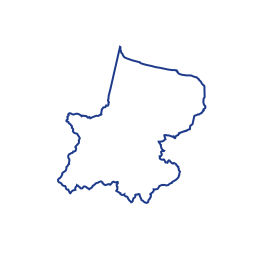 outline of Chiclayo, Lambayeque, Peru, rotated 150°
{"feature_id": "86281439B7276941823371", "entity_name": "Chiclayo", "entity_type": "district", "adm_level": 2, "iso_a3": "PER", "parent_name": "Peru", "parent_adm1": "Lambayeque", "projection": "mercator", "projection_center": [-79.536, -6.829], "detail": "fine", "context": "isolated", "style": "outline", "palette": "blue", "viewbox_px": 256, "rotation_deg": 150, "n_neighbors": 0, "source": "geoboundaries", "source_scale": "gbopen_adm2", "svg_char_len": 5770}
<svg xmlns="http://www.w3.org/2000/svg" viewBox="0 0 256 256"><g transform="rotate(150 128 128)"><path d="M171.5,170.1L172.9,169.7L173.0,168.7L175.1,167.9L175.1,167.2L175.6,166.1L175.9,165.8L177.2,165.6L177.6,165.3L177.9,164.6L177.9,164.4L177.1,163.7L176.6,163.1L176.6,162.9L176.8,162.5L176.9,161.9L176.0,159.8L176.0,158.7L175.6,157.8L176.4,156.4L176.5,156.2L176.1,155.2L176.1,154.4L176.3,153.9L177.3,152.8L177.3,151.8L177.1,150.9L176.6,150.2L175.0,148.5L174.8,147.5L175.0,146.8L174.8,145.5L174.8,143.4L176.1,142.2L176.8,141.9L177.1,141.0L178.1,139.6L182.9,138.1L183.2,137.6L183.0,136.8L183.3,135.9L185.0,134.4L186.3,134.6L187.2,135.0L187.9,134.4L188.6,134.3L189.7,134.6L191.0,134.6L191.4,134.5L192.1,134.7L193.1,134.2L193.7,133.7L194.2,133.0L194.6,131.3L194.4,130.3L195.0,129.4L195.1,129.0L196.5,127.4L196.9,126.3L197.2,126.2L197.9,126.3L199.6,125.2L200.8,125.0L202.1,123.1L203.4,122.2L207.1,121.9L207.8,121.4L208.2,120.6L210.2,119.3L211.9,118.7L213.3,118.7L213.9,118.4L214.5,118.1L214.9,117.2L215.1,117.0L215.0,115.9L214.7,115.1L213.9,114.3L213.6,113.6L213.4,113.1L213.5,111.6L212.7,110.1L211.5,109.2L211.4,108.8L211.4,108.2L211.8,107.3L212.0,106.1L211.5,105.1L210.5,104.5L210.7,103.5L210.8,100.7L210.5,100.3L210.0,100.5L209.2,101.0L207.7,101.4L206.6,101.4L204.5,100.7L204.2,101.6L203.4,102.6L201.8,103.4L201.1,103.5L200.8,103.9L200.6,103.4L200.3,103.3L200.3,103.0L200.2,102.5L199.5,101.3L199.3,99.7L199.1,99.3L197.9,98.6L195.7,99.4L195.4,99.4L194.4,98.8L193.8,97.9L193.4,97.0L193.3,96.3L192.6,95.5L192.2,94.3L190.7,94.6L189.5,94.4L187.9,95.1L187.6,95.5L187.4,95.6L186.1,95.5L185.7,95.7L184.7,95.8L183.1,96.2L181.2,95.6L180.2,95.7L178.1,95.3L177.7,94.9L177.3,93.5L177.6,92.9L177.5,92.4L177.2,92.1L176.9,90.8L176.3,90.0L173.9,89.3L172.5,89.0L172.1,88.0L171.7,87.7L170.2,88.2L169.7,88.3L168.9,88.8L167.6,88.9L166.4,87.5L165.6,86.9L164.1,86.6L163.9,86.4L164.5,85.2L165.2,84.9L165.9,84.8L166.5,84.0L166.8,83.0L166.6,82.2L167.1,81.8L167.3,81.2L167.8,80.3L169.4,79.7L169.6,79.5L168.5,77.5L168.0,76.8L167.9,76.3L167.2,75.4L167.6,74.9L167.5,74.3L167.0,73.4L166.6,73.0L165.8,72.6L164.9,72.4L164.3,72.4L164.9,71.6L164.8,71.3L164.4,70.1L163.4,69.4L162.9,68.1L163.2,67.6L163.2,66.6L163.0,66.0L163.1,65.3L162.9,64.0L162.4,62.8L162.4,62.1L162.0,62.0L161.3,62.0L160.3,62.5L158.5,64.4L157.1,64.4L156.3,64.7L155.7,65.3L155.3,66.3L155.0,66.5L154.1,66.3L153.3,65.7L151.8,65.5L151.7,65.1L151.4,65.0L151.2,64.6L151.8,63.3L151.8,62.1L152.0,61.4L152.0,60.6L152.3,58.8L151.4,57.5L151.2,56.5L150.7,55.2L150.1,54.8L149.5,53.9L148.7,53.7L147.7,53.8L147.3,54.0L146.8,54.8L145.9,55.5L145.4,55.7L144.4,55.8L143.8,56.4L143.0,56.7L142.8,57.2L142.2,57.6L141.6,58.4L141.9,59.3L141.7,59.7L139.5,59.9L138.2,60.2L137.9,60.5L137.1,60.8L136.4,62.1L135.6,61.4L134.1,60.8L133.0,60.5L132.5,60.6L131.1,61.2L130.3,61.9L129.5,62.0L126.9,61.7L126.5,61.3L124.9,60.5L123.7,59.3L122.5,58.7L121.6,58.5L120.8,58.7L118.8,58.9L117.6,58.5L117.2,58.6L116.6,59.2L114.3,59.1L112.4,59.2L110.3,59.6L109.8,59.9L109.4,59.9L108.4,60.5L107.6,61.4L106.9,61.8L106.5,62.7L104.8,64.3L105.1,65.9L104.8,66.5L104.8,66.8L104.3,67.5L104.3,68.8L104.2,69.2L103.9,69.4L104.3,70.0L104.3,70.9L104.6,71.4L104.5,72.8L105.6,74.6L106.2,74.9L106.7,74.7L107.3,75.1L108.2,77.7L108.3,79.1L108.5,79.4L109.0,79.6L109.6,79.4L110.2,79.1L110.6,78.6L111.2,78.2L111.9,79.0L112.7,79.3L112.8,79.5L112.5,81.3L112.6,82.7L112.9,83.0L113.7,83.1L114.9,84.0L115.5,84.9L115.7,85.9L115.1,86.4L114.8,87.7L114.5,87.7L114.0,87.4L113.3,87.3L112.1,88.0L111.8,88.4L111.8,89.4L111.3,90.8L109.9,91.0L108.9,90.3L108.3,90.1L108.1,90.2L108.6,90.7L108.6,91.1L108.8,91.4L109.2,93.1L108.7,95.8L107.9,96.9L108.2,97.5L108.1,98.4L108.3,99.0L108.3,100.2L108.2,100.8L107.0,100.1L104.8,99.2L103.4,99.1L102.2,99.5L101.2,99.5L100.5,102.5L100.5,103.1L100.0,103.6L99.6,103.3L98.7,103.0L98.2,102.3L96.7,101.4L95.9,100.7L93.8,98.1L93.3,97.8L92.9,98.1L92.6,98.0L92.8,96.2L92.7,95.9L92.4,95.7L92.1,95.7L91.8,96.0L91.4,96.6L90.5,97.0L89.2,97.0L88.1,96.8L87.5,97.4L86.7,97.6L86.3,97.5L86.0,98.1L84.0,97.6L83.7,97.4L83.4,97.5L81.3,97.1L80.2,96.7L79.9,96.6L79.8,96.8L79.3,96.6L78.8,96.7L78.5,96.4L76.1,96.4L75.0,96.0L73.1,98.7L70.2,99.1L64.5,105.3L64.0,105.3L63.3,105.1L61.2,104.8L60.8,104.9L59.9,104.3L59.3,104.2L58.9,104.3L57.1,104.2L56.9,104.4L55.9,104.4L55.4,104.9L54.6,105.1L54.6,105.3L54.2,105.5L53.7,105.4L53.7,105.9L53.4,106.4L51.2,106.6L50.8,107.0L50.7,107.6L50.2,107.9L50.2,108.7L50.5,110.2L50.0,112.2L49.7,113.0L48.8,114.1L48.3,115.2L46.2,116.4L40.9,126.1L40.9,126.7L41.4,127.5L41.8,129.8L41.7,131.7L42.4,134.0L42.3,134.7L42.4,135.3L42.9,136.1L43.1,137.4L44.9,139.1L46.2,140.7L46.8,141.7L48.6,142.9L50.4,143.9L51.3,144.5L54.4,146.9L55.6,148.1L56.5,149.2L57.0,150.2L57.1,151.1L56.9,151.8L57.3,152.1L57.5,152.6L57.5,152.8L57.0,153.2L57.0,153.5L59.0,155.1L60.1,155.6L63.7,158.3L70.6,164.5L71.7,165.3L73.8,167.1L76.6,169.9L80.9,173.8L83.8,176.8L84.8,178.1L84.9,178.5L84.8,178.9L85.0,179.1L90.3,184.3L94.0,188.6L95.2,190.2L95.9,191.4L95.8,191.8L96.0,192.6L96.0,194.1L95.7,195.0L96.1,196.1L96.1,197.0L95.5,198.5L95.4,199.7L95.0,200.5L94.3,201.3L94.3,201.7L94.2,202.1L94.3,202.3L123.8,170.5L128.6,165.6L130.5,162.8L131.1,162.5L131.5,161.8L131.7,161.3L131.6,159.9L132.0,159.5L132.5,159.4L133.0,158.2L134.2,157.4L134.7,157.6L135.5,158.4L135.7,158.5L136.7,157.7L137.3,157.4L139.1,158.2L140.1,157.6L141.3,157.3L141.5,157.2L142.0,156.3L143.7,154.4L144.3,153.0L145.0,153.1L145.3,153.4L145.9,153.2L146.4,153.4L146.8,153.3L147.9,153.4L149.4,154.5L153.3,155.1L155.8,155.3L155.9,156.8L156.8,156.9L157.3,156.8L157.6,157.0L157.8,157.4L157.8,158.1L158.4,159.4L160.0,160.4L160.8,161.3L161.2,161.4L161.8,161.3L162.3,161.3L162.5,162.7L162.9,163.1L163.4,164.2L163.8,164.5L164.5,165.5L165.8,166.3L168.2,166.8L169.4,167.7L170.0,168.8L170.7,169.7L171.5,170.1Z" fill="none" stroke="#1e3a8a" stroke-width="2"/></g></svg>